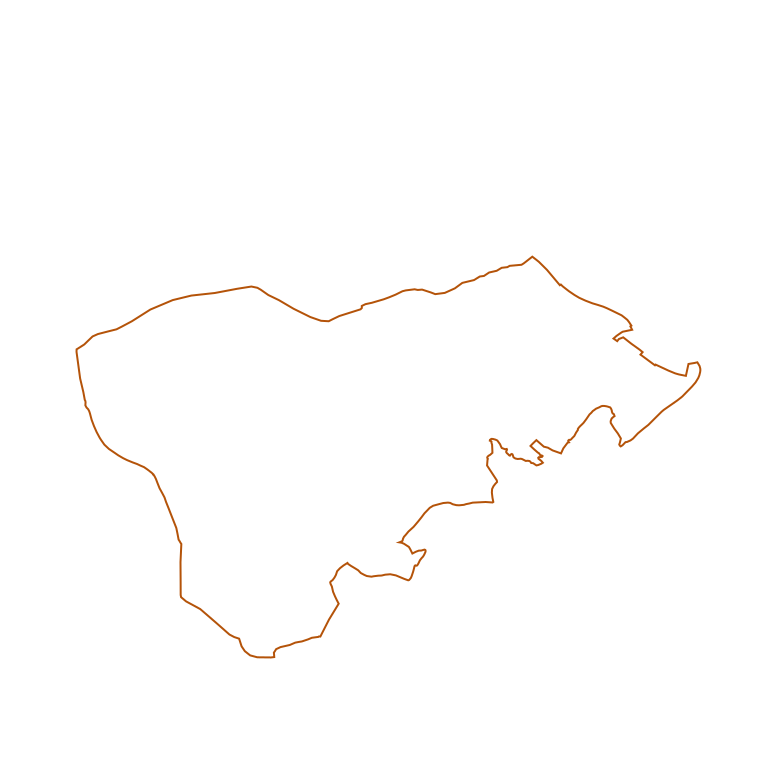 Santana De Mures, Mures, Romania (Natural Earth projection), rotated 330°
{"feature_id": "2599482B65561652185041", "entity_name": "Santana De Mures", "entity_type": "district", "adm_level": 2, "iso_a3": "ROU", "parent_name": "Romania", "parent_adm1": "Mures", "projection": "natural_earth1", "projection_center": [24.515, 46.596], "detail": "fine", "context": "isolated", "style": "outline", "palette": "amber", "viewbox_px": 768, "rotation_deg": 330, "n_neighbors": 0, "source": "geoboundaries", "source_scale": "gbopen_adm2", "svg_char_len": 5266}
<svg xmlns="http://www.w3.org/2000/svg" viewBox="0 0 768 768"><g transform="rotate(330 384 384)"><path d="M152.4,565.6L153.4,563.6L154.3,561.6L156.2,560.7L158.0,559.7L162.8,560.1L171.9,562.9L177.8,563.6L181.0,564.7L184.2,565.9L190.6,567.2L194.6,567.7L200.7,570.2L201.5,570.1L202.6,570.9L207.2,567.9L218.6,560.5L230.7,553.9L234.9,551.6L235.1,547.1L235.4,543.3L236.0,538.5L237.6,533.3L237.8,530.3L238.3,528.8L239.2,528.4L241.5,528.1L244.3,526.9L246.9,525.3L249.8,522.7L253.8,521.5L258.2,520.9L262.9,520.7L262.9,521.8L264.5,525.1L266.4,528.5L268.5,532.4L269.4,536.1L271.5,539.5L273.1,541.7L276.8,544.6L279.1,545.4L283.1,547.1L286.2,548.7L289.6,549.7L294.3,551.9L298.6,555.7L304.1,562.9L306.8,566.1L307.7,566.3L308.7,566.0L310.3,565.4L311.9,564.2L315.4,561.1L317.3,559.2L319.4,557.0L320.4,556.7L320.9,557.4L321.8,557.7L322.7,557.4L324.1,556.6L327.0,554.6L329.5,553.6L331.5,553.0L333.5,551.9L336.0,550.1L336.6,549.3L336.8,548.4L336.3,547.7L334.9,547.3L333.1,546.9L330.8,545.7L327.7,545.2L323.8,545.0L324.1,540.4L324.1,537.6L321.4,532.3L319.9,530.3L318.1,528.8L320.9,529.2L321.8,528.9L323.1,527.5L324.9,526.3L327.4,525.5L331.4,524.0L338.2,522.5L344.9,520.1L350.0,518.1L354.4,516.2L357.6,515.3L361.7,514.1L365.7,514.0L371.0,515.4L375.8,516.7L380.1,518.7L381.9,520.1L383.4,522.5L386.1,525.1L388.4,526.6L392.8,528.6L395.1,529.1L398.0,530.1L401.5,531.1L413.0,537.0L418.8,540.9L419.7,540.8L421.0,536.9L423.1,532.0L425.1,529.0L427.6,527.3L430.5,526.1L432.9,525.4L433.5,523.9L432.5,506.1L435.9,501.2L436.5,500.8L436.4,500.2L436.6,499.3L437.4,498.7L438.9,498.4L440.6,498.4L443.5,497.8L445.2,494.6L447.3,490.5L447.5,489.4L447.8,488.3L448.3,487.6L448.2,487.1L447.3,486.0L447.8,485.4L449.5,485.2L450.9,486.1L452.7,487.9L453.9,489.6L454.4,494.2L454.1,496.4L454.0,498.3L454.9,499.4L456.2,501.0L457.8,501.6L457.7,502.4L456.7,503.1L455.8,503.9L455.8,505.2L456.4,506.9L456.7,508.3L457.2,509.0L458.6,508.4L459.7,508.5L460.1,509.3L459.8,510.8L459.5,512.3L460.5,514.2L462.3,515.8L465.1,517.1L466.1,518.1L468.3,521.5L470.2,522.4L471.5,523.5L471.9,524.5L472.0,526.0L473.6,527.2L474.4,528.9L475.3,530.7L477.1,531.3L478.8,531.5L480.5,531.7L482.2,531.6L481.7,529.0L480.4,526.0L480.7,525.0L481.6,524.8L483.0,525.6L484.5,526.1L485.3,525.7L485.0,524.9L483.7,523.6L483.7,521.7L482.9,520.2L481.3,515.5L479.9,510.9L483.4,509.9L487.9,508.8L491.1,518.2L494.1,521.1L496.8,525.8L502.6,532.6L507.1,529.4L513.7,526.6L515.0,527.0L514.9,526.0L515.3,525.1L516.4,524.9L517.3,525.5L518.4,525.5L519.8,525.0L522.8,524.2L526.1,522.1L529.0,520.7L529.4,519.9L530.8,519.2L532.7,518.6L533.9,518.3L535.2,518.0L537.4,517.4L541.6,515.6L546.8,513.1L549.1,512.6L551.3,511.8L552.8,511.7L555.3,511.4L558.6,511.8L561.2,511.9L562.6,512.4L564.0,513.3L565.6,514.6L566.5,515.5L568.2,517.4L568.3,519.0L568.0,520.9L567.5,522.0L567.3,523.8L568.0,525.1L567.6,527.1L566.2,527.2L563.9,527.7L561.7,529.5L560.9,531.1L561.1,537.7L561.8,543.7L561.9,549.6L559.1,552.6L557.5,554.0L557.4,555.3L557.8,556.4L560.0,556.3L564.1,555.1L565.4,555.7L569.3,556.1L572.3,555.8L579.2,553.7L586.8,552.4L592.5,551.6L593.6,551.3L603.7,548.6L610.6,546.8L613.3,546.3L629.7,544.9L636.0,544.0L649.5,540.2L654.6,538.4L659.2,535.9L661.4,534.2L663.8,531.7L664.9,530.2L665.6,528.8L666.3,526.2L666.2,521.9L663.3,521.0L657.7,518.9L649.5,527.9L644.1,523.1L641.5,520.4L637.1,514.7L628.9,503.0L628.0,503.3L620.8,486.8L623.9,485.7L622.6,482.2L618.3,472.7L614.5,463.2L609.9,462.5L607.4,463.5L605.5,459.4L609.4,458.6L615.2,458.1L616.9,458.1L626.0,461.1L626.2,457.3L627.4,457.2L627.2,453.2L626.8,450.1L625.5,446.7L624.1,443.3L621.0,438.7L618.1,434.4L615.0,429.9L612.5,426.6L608.6,422.3L604.9,418.4L600.2,412.6L596.2,407.0L593.5,402.2L590.6,396.2L589.4,393.3L588.0,389.8L587.6,388.8L586.9,386.3L585.7,386.4L582.7,369.4L582.2,366.6L580.7,361.1L579.2,355.6L577.9,352.3L576.1,347.9L571.8,348.5L568.3,349.0L565.3,349.4L562.7,349.5L551.9,344.5L549.3,344.5L544.0,342.2L538.2,342.3L530.8,340.0L524.6,340.4L520.7,338.8L513.9,339.0L502.4,335.6L493.2,336.6L482.2,335.5L473.3,331.8L470.5,328.3L464.2,321.3L460.2,319.4L457.9,317.3L449.6,313.8L446.4,312.9L438.6,312.4L431.9,311.5L426.1,310.5L419.5,308.9L414.1,307.6L407.9,305.6L403.8,305.3L402.8,307.1L401.0,307.6L379.3,302.8L371.6,302.2L367.5,302.0L361.1,297.8L353.7,289.2L343.3,273.6L334.9,258.8L328.3,249.1L324.4,240.7L323.4,239.0L322.5,237.4L317.9,233.3L304.4,228.1L283.0,220.6L261.4,211.1L243.0,205.7L218.9,202.7L197.0,203.6L185.5,203.2L179.7,202.9L172.0,200.7L161.2,197.7L155.4,197.1L149.7,198.5L144.2,199.9L135.1,200.3L133.8,202.4L123.6,227.3L119.6,240.6L116.9,248.2L116.9,249.3L116.4,250.6L114.7,253.2L114.6,255.6L115.2,258.0L115.1,260.2L114.6,262.6L113.9,265.1L112.9,268.8L111.8,275.4L111.1,281.9L110.9,288.2L111.0,290.9L111.5,296.7L113.3,302.7L116.5,309.3L118.2,312.9L121.0,317.8L123.4,321.4L127.1,326.2L130.2,329.9L132.2,332.8L134.6,336.0L136.4,339.8L138.4,344.7L139.1,347.0L138.8,347.1L139.2,349.0L139.0,352.2L138.3,356.6L137.5,362.1L137.4,367.5L137.2,372.5L136.3,377.0L135.4,383.3L133.8,393.8L132.2,404.5L132.1,405.0L130.2,410.7L128.3,416.1L128.4,417.6L128.4,419.8L128.5,421.2L118.7,436.5L108.7,454.1L102.4,465.1L101.7,467.2L103.9,473.3L112.3,487.0L119.3,507.1L124.9,523.7L127.8,528.3L131.2,532.1L129.5,540.0L129.9,545.8L132.4,552.1L137.6,557.3L149.4,564.3L152.4,565.6Z" fill="none" stroke="#b45309" stroke-width="2"/></g></svg>